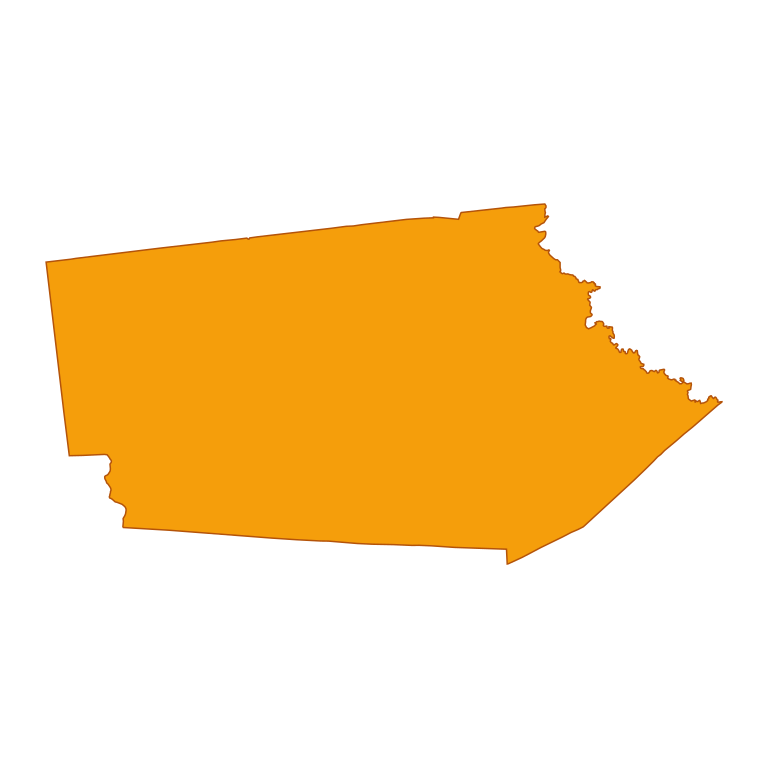 outline of Mirosi, Arges, Romania
{"feature_id": "2599482B53373185835128", "entity_name": "Mirosi", "entity_type": "district", "adm_level": 2, "iso_a3": "ROU", "parent_name": "Romania", "parent_adm1": "Arges", "projection": "natural_earth1", "projection_center": [24.956, 44.405], "detail": "fine", "context": "isolated", "style": "filled", "palette": "amber", "viewbox_px": 768, "rotation_deg": 0, "n_neighbors": 0, "source": "geoboundaries", "source_scale": "gbopen_adm2", "svg_char_len": 6114}
<svg xmlns="http://www.w3.org/2000/svg" viewBox="0 0 768 768"><path d="M508.2,563.8L522.3,557.3L540.9,547.5L562.6,536.9L571.0,532.5L578.2,529.4L583.3,526.8L634.1,480.1L645.1,469.5L653.6,461.1L657.6,456.8L660.7,454.5L664.6,450.5L676.5,440.6L684.0,434.0L692.9,426.8L717.7,405.2L721.8,402.2L721.9,401.7L720.5,401.8L718.6,402.2L717.6,402.0L717.5,401.7L717.8,401.0L717.9,400.1L717.0,399.6L716.5,398.3L715.8,397.4L715.2,397.1L714.7,397.3L713.6,398.5L713.1,398.2L712.0,397.0L711.4,395.9L710.8,395.8L710.2,396.5L709.6,396.4L708.7,397.3L708.8,398.5L708.3,398.9L707.7,399.2L707.8,400.2L707.2,401.0L705.8,402.0L703.5,403.0L702.0,403.1L700.7,403.5L700.4,402.7L700.2,401.4L699.7,400.4L699.4,400.4L697.8,401.5L697.2,401.5L696.3,401.1L696.1,401.1L695.5,402.0L695.1,402.0L695.0,401.1L695.3,400.4L694.6,400.0L691.3,401.0L690.8,400.7L688.8,399.2L688.3,398.5L688.0,395.7L687.4,394.5L688.0,392.5L687.4,391.1L687.6,390.7L688.2,390.3L689.8,389.8L690.7,389.2L691.0,386.6L691.4,384.7L691.2,383.1L689.8,383.2L688.6,383.7L686.9,383.9L683.9,382.0L683.6,381.6L683.9,380.3L683.2,378.6L682.8,378.3L681.6,377.9L680.4,377.9L680.1,378.4L680.7,379.5L680.2,380.5L682.9,381.9L682.9,382.5L681.4,383.7L679.8,383.8L678.3,382.3L677.4,381.9L676.5,381.1L676.0,381.0L675.8,380.1L675.1,380.2L674.9,379.3L674.5,379.2L673.8,379.1L671.8,379.8L670.8,379.7L668.6,378.9L667.6,378.0L668.1,376.8L667.9,376.0L666.0,375.4L664.7,374.0L663.9,372.6L663.9,371.7L664.5,370.4L664.5,369.6L664.3,369.4L663.7,369.3L659.7,370.1L659.3,370.5L659.0,372.0L658.6,372.5L657.7,372.9L657.3,372.5L657.0,371.2L656.1,370.4L655.8,370.4L654.2,371.6L651.9,370.5L650.2,370.7L649.0,372.6L648.2,373.2L647.2,373.2L646.8,372.9L646.4,371.9L644.7,370.0L644.0,369.7L643.4,368.8L641.2,368.5L640.8,368.3L640.5,367.7L640.3,367.2L640.4,366.7L641.3,366.5L642.8,366.6L643.3,366.2L643.8,365.3L643.8,364.3L641.1,363.4L640.7,362.4L639.2,360.2L638.9,359.5L638.9,358.9L639.4,358.0L639.7,356.7L638.8,355.5L637.9,354.8L637.6,353.3L637.3,350.7L636.6,350.4L635.6,350.9L634.8,352.5L634.4,352.8L633.4,352.9L632.0,351.0L631.8,350.3L630.4,349.2L629.5,348.9L629.1,349.1L628.4,349.9L627.4,353.0L626.9,353.6L626.0,353.8L625.3,353.3L625.2,352.9L625.3,352.0L624.8,351.5L623.7,351.4L623.5,351.0L623.2,349.2L622.1,349.0L621.5,349.5L621.2,350.5L620.9,352.3L620.6,352.4L619.7,352.4L619.4,352.1L618.7,350.4L617.7,349.0L615.8,348.1L615.8,347.7L617.5,345.8L617.8,345.2L617.8,344.6L616.7,343.6L616.2,343.6L614.0,345.0L613.4,344.7L612.6,343.3L611.3,342.7L610.3,341.4L610.4,340.7L610.9,339.1L610.6,338.6L610.3,338.5L609.6,338.8L609.4,338.7L609.0,337.4L609.0,336.6L609.2,336.1L609.6,335.9L610.3,335.9L611.1,336.7L613.2,338.2L613.9,338.3L614.2,338.0L614.3,336.1L614.1,334.8L612.9,332.9L613.0,331.8L612.3,330.2L612.5,328.0L612.4,327.4L612.2,327.1L608.9,326.7L608.8,326.8L609.1,328.0L607.9,328.3L607.3,328.0L607.0,327.4L607.0,326.4L606.7,326.1L604.8,326.4L603.6,326.0L603.4,325.6L603.4,325.0L603.7,324.3L603.6,323.4L602.5,321.8L602.0,321.5L600.4,321.4L599.1,321.1L598.0,321.6L596.8,321.6L595.9,322.5L595.0,322.8L595.2,323.3L596.1,323.7L596.3,324.0L596.1,324.3L595.3,324.8L594.7,325.8L590.7,327.9L588.5,328.8L587.3,328.0L586.5,327.6L585.2,324.9L585.6,321.7L585.6,320.3L585.9,318.9L586.6,317.8L587.4,317.1L590.7,316.5L591.4,315.8L592.1,314.9L591.9,314.2L590.6,313.2L590.4,312.7L590.3,310.9L591.3,308.1L591.4,307.3L589.7,305.2L590.1,302.4L589.8,301.7L588.4,300.4L587.6,299.2L587.8,298.8L589.5,298.4L590.5,297.6L590.5,297.1L590.4,296.5L589.9,295.9L588.6,295.2L588.4,294.8L588.2,293.4L588.4,292.2L588.7,291.8L589.6,291.6L590.8,292.3L591.3,292.3L591.9,291.8L592.2,290.5L592.5,289.9L592.8,289.8L594.3,291.1L595.0,291.0L595.2,290.5L596.0,289.6L597.4,289.6L598.0,288.9L599.7,288.4L600.0,288.1L600.1,287.2L600.0,286.8L596.9,286.5L595.4,285.9L595.3,285.0L595.5,284.2L595.3,283.9L594.8,283.9L594.2,283.6L594.2,282.8L593.8,282.7L593.4,282.0L592.4,281.8L591.6,281.8L590.8,282.5L588.4,283.0L587.5,282.9L587.0,282.8L586.7,282.3L585.1,280.8L584.4,280.4L583.7,281.1L583.0,281.2L582.6,282.1L581.5,282.6L579.3,282.6L578.8,282.2L578.6,281.2L578.0,280.4L577.9,279.5L576.0,278.7L575.9,277.7L574.8,276.4L573.5,276.1L573.3,275.5L572.8,275.0L571.3,274.9L569.3,274.5L567.9,273.9L565.9,274.1L564.9,273.8L564.3,273.2L563.8,273.1L562.5,273.7L561.3,273.2L560.6,272.0L559.9,271.8L560.6,270.6L560.7,270.0L560.1,267.5L560.1,262.5L557.5,259.8L556.5,259.8L555.5,259.7L553.8,258.6L549.9,255.1L548.7,253.3L548.5,252.0L549.4,250.5L549.1,250.0L548.9,249.9L547.3,250.5L545.3,250.3L543.8,249.3L542.0,248.5L540.7,247.1L538.4,244.1L538.3,243.8L538.4,243.4L540.0,241.9L541.4,240.9L544.6,237.8L545.3,236.5L545.8,234.0L545.7,232.0L545.3,231.5L544.7,231.3L538.8,232.3L538.5,232.2L537.8,231.1L536.7,230.4L534.7,228.7L534.6,228.2L534.8,227.4L535.3,226.7L537.8,226.1L539.3,225.5L541.3,223.9L543.9,222.7L546.1,219.4L548.4,216.6L547.8,215.9L544.8,217.1L545.0,213.8L545.3,213.2L545.4,212.6L545.0,211.3L544.8,208.8L545.6,208.1L546.0,207.3L546.0,205.9L544.8,204.0L534.5,204.8L513.4,207.0L505.8,207.5L501.6,208.1L461.4,212.5L460.8,213.0L458.5,219.3L439.1,217.4L433.5,217.1L433.5,217.8L423.8,218.2L406.3,219.4L361.8,224.7L353.2,226.0L346.3,226.3L331.1,228.3L257.7,236.8L249.9,237.9L249.6,238.0L249.1,239.0L248.7,239.1L248.3,239.2L246.8,238.1L235.7,239.5L220.9,240.9L211.8,242.2L159.5,248.2L75.8,258.4L70.9,259.2L46.1,262.1L63.9,412.5L69.3,455.7L82.8,455.4L104.5,454.4L107.2,454.8L108.9,457.0L110.0,458.7L110.3,459.4L111.1,460.2L111.4,461.0L111.2,462.5L110.2,463.7L110.0,464.3L110.4,468.7L110.2,470.7L109.9,471.5L108.1,474.3L107.1,475.1L105.9,475.6L104.9,476.3L104.7,476.9L104.8,478.3L105.1,479.2L106.1,481.0L106.7,482.9L108.2,484.3L110.4,487.6L110.9,489.0L111.0,490.3L110.5,491.5L110.4,492.9L109.9,494.4L109.8,495.6L109.4,496.4L109.4,497.2L109.6,497.8L109.9,498.1L110.8,498.4L112.0,499.1L115.2,501.9L117.0,502.3L122.1,504.3L124.8,506.6L125.4,507.5L126.0,508.8L126.1,510.3L125.5,514.0L124.7,515.9L123.3,518.2L123.1,518.7L123.4,521.2L122.9,526.6L123.3,527.5L168.7,530.2L272.0,538.1L296.3,539.7L321.0,541.0L328.4,541.1L357.3,543.5L372.4,544.2L393.4,544.6L412.2,545.4L419.0,545.3L431.1,545.8L454.5,547.4L506.5,549.2L507.2,564.0L508.2,563.8Z" fill="#f59e0b" stroke="#b45309" stroke-width="1.5"/></svg>